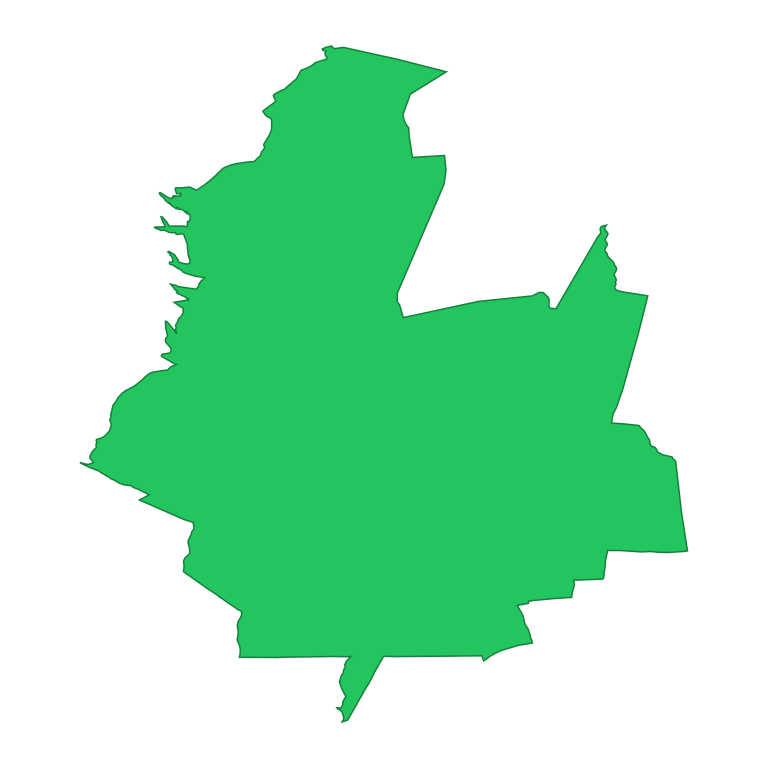 outline of Poboru, Olt, Romania
{"feature_id": "2599482B3636434641620", "entity_name": "Poboru", "entity_type": "district", "adm_level": 2, "iso_a3": "ROU", "parent_name": "Romania", "parent_adm1": "Olt", "projection": "natural_earth1", "projection_center": [24.455, 44.685], "detail": "fine", "context": "isolated", "style": "filled", "palette": "green", "viewbox_px": 768, "rotation_deg": 0, "n_neighbors": 0, "source": "geoboundaries", "source_scale": "gbopen_adm2", "svg_char_len": 6080}
<svg xmlns="http://www.w3.org/2000/svg" viewBox="0 0 768 768"><path d="M446.4,71.8L397.4,59.3L343.5,47.4L334.7,48.6L332.9,47.7L331.8,46.1L330.7,46.1L328.1,47.0L325.9,47.2L325.1,47.9L322.9,48.6L322.3,49.0L322.7,50.2L326.0,51.1L325.1,52.7L325.0,54.1L325.5,55.4L327.0,57.7L327.1,58.4L326.8,59.0L315.6,62.5L312.0,65.4L307.6,67.8L301.0,70.3L296.6,78.6L295.1,80.0L286.1,87.6L284.6,89.3L281.3,90.4L275.8,93.4L274.0,94.7L273.3,95.7L275.8,101.3L262.9,111.0L263.0,111.6L265.6,115.3L268.0,117.1L270.2,117.8L271.4,119.8L271.7,121.1L271.6,129.1L269.7,134.5L263.9,144.0L263.6,145.2L264.5,146.3L264.7,147.3L263.6,149.5L261.7,151.8L260.2,155.9L257.0,158.7L255.1,160.8L253.8,161.5L248.3,161.9L235.8,163.7L229.3,165.5L223.7,168.0L222.6,168.7L214.4,176.7L209.3,181.1L204.6,184.8L196.6,190.2L189.7,187.1L180.8,187.9L176.0,187.7L175.4,188.3L175.2,189.2L176.6,193.8L179.2,193.8L180.5,193.1L180.9,195.6L177.6,196.2L173.6,195.7L173.1,196.1L173.1,196.6L173.7,196.9L172.5,197.1L171.7,198.6L169.9,198.4L164.4,195.3L161.3,193.1L160.1,192.7L159.5,192.9L159.3,193.3L159.5,193.7L160.8,195.6L163.6,197.8L165.0,200.0L168.5,203.1L169.0,203.4L169.6,202.8L170.7,203.8L170.2,204.3L172.1,205.9L176.3,208.8L176.8,207.5L178.6,208.1L178.2,209.3L182.0,209.5L183.8,210.6L185.4,212.4L186.1,211.3L187.7,212.2L186.9,213.5L189.3,214.6L190.0,215.3L190.1,216.1L190.2,219.2L189.0,221.6L188.1,221.2L187.4,221.7L187.5,225.8L186.6,226.4L185.6,226.6L183.8,226.1L176.2,226.0L169.4,226.3L165.9,220.8L164.4,219.5L162.7,217.2L161.0,216.8L163.6,223.5L165.0,225.3L165.1,226.3L164.9,226.8L155.1,227.0L154.6,227.3L156.2,228.7L158.7,229.1L160.3,230.4L164.3,230.1L168.4,232.1L170.9,232.7L175.0,232.6L175.6,232.9L175.7,233.7L177.0,234.5L183.2,233.7L183.6,234.1L187.4,244.6L187.4,248.4L188.0,252.0L188.1,254.6L189.9,260.3L189.9,261.8L189.5,263.1L187.3,264.1L182.6,263.4L178.8,262.0L178.3,261.4L178.2,259.9L174.5,254.8L169.0,251.4L167.9,251.9L169.0,252.7L170.1,254.8L172.0,257.0L172.5,258.1L172.7,261.0L172.2,261.8L171.6,262.1L169.5,262.2L169.4,263.2L169.8,264.2L172.7,265.0L174.8,266.2L176.3,267.4L182.2,270.7L182.6,271.7L185.4,273.2L195.2,276.2L204.3,277.6L202.0,280.5L201.3,280.5L201.0,281.5L199.0,283.7L198.8,285.9L196.9,288.2L196.4,289.2L177.6,286.5L176.9,285.6L170.7,284.2L175.1,289.6L176.0,290.5L176.5,290.1L177.7,291.6L176.5,292.5L177.7,293.5L186.1,297.4L186.7,298.5L188.6,298.7L188.4,300.2L187.1,300.1L174.1,302.3L179.9,306.4L182.3,307.6L183.3,308.6L183.0,311.2L183.4,312.7L181.4,315.5L181.1,316.6L179.3,318.0L178.4,319.2L177.8,321.7L175.8,324.8L175.5,325.7L176.2,326.9L175.8,328.7L175.9,331.5L177.0,333.6L175.4,332.4L174.4,329.8L173.8,329.7L173.0,328.9L168.8,323.6L166.3,321.2L165.4,321.2L165.7,328.2L166.6,331.3L167.6,336.4L165.9,337.9L165.3,341.2L166.1,342.7L170.5,347.6L171.0,348.4L171.2,350.4L170.2,352.6L169.7,353.0L162.7,354.1L161.7,354.7L161.3,355.6L161.6,356.2L162.3,356.8L175.2,364.3L176.3,364.5L175.2,365.2L171.3,366.5L170.3,367.2L167.4,370.2L164.1,370.4L154.4,371.9L151.4,372.6L149.3,373.6L145.7,376.4L140.4,381.4L134.6,385.9L125.9,390.5L122.4,393.0L118.0,397.7L116.8,400.1L113.1,405.1L110.7,414.8L110.9,417.7L109.9,419.4L109.8,420.4L111.1,423.4L111.2,425.5L109.4,431.0L105.6,435.2L103.6,436.9L101.3,438.1L96.7,439.4L96.2,440.0L96.2,440.7L96.9,442.1L96.0,444.6L96.3,447.6L94.0,449.7L91.9,452.3L89.9,456.2L89.9,458.2L93.5,462.2L91.3,463.5L88.1,464.4L85.3,464.0L80.8,462.6L80.5,463.0L89.9,467.6L99.5,471.3L101.1,472.8L103.1,473.7L106.2,475.8L108.6,476.7L110.7,478.7L113.2,479.6L119.3,483.1L124.0,484.8L131.3,485.7L133.4,487.5L138.7,489.5L149.2,494.8L139.4,500.0L184.2,519.6L193.1,522.4L194.0,528.0L193.6,529.4L191.7,531.9L191.3,534.1L188.2,540.6L188.2,543.4L189.6,548.9L189.7,553.0L189.0,554.3L185.2,557.5L183.7,560.5L183.5,561.9L184.2,565.7L183.4,571.6L207.4,588.6L218.3,595.7L218.6,596.4L219.1,596.9L219.7,597.0L237.6,609.4L241.0,611.0L241.6,611.7L241.6,615.1L240.6,617.5L238.3,621.2L237.3,625.2L237.4,626.9L238.3,631.1L238.1,634.4L237.2,638.7L237.3,640.0L237.5,641.2L239.3,644.6L240.3,649.8L240.1,653.9L239.4,657.3L277.9,657.5L283.1,657.2L334.5,656.5L348.3,656.7L350.9,656.4L346.4,661.3L344.7,664.8L345.3,667.5L344.0,669.0L343.0,673.2L342.7,674.0L341.5,675.2L339.4,681.8L341.6,688.5L345.7,696.1L345.6,696.9L342.9,701.6L342.6,705.0L341.2,708.1L336.9,707.8L337.9,709.1L339.9,710.0L342.1,711.9L343.6,717.1L343.6,719.2L342.1,721.9L347.3,720.3L348.2,719.2L366.2,687.5L369.4,682.5L375.1,671.2L383.6,656.3L396.8,656.6L481.9,655.8L483.6,660.8L485.9,659.5L489.3,656.7L496.0,652.9L501.2,650.5L517.8,645.5L532.4,643.0L531.7,639.9L530.9,638.9L530.1,634.7L528.0,628.8L525.2,624.5L524.2,621.4L523.7,618.3L522.6,614.8L517.3,605.4L528.4,603.4L528.4,601.6L528.8,601.0L531.0,601.1L531.2,600.7L554.8,598.5L571.7,597.4L572.1,593.1L573.9,586.8L574.3,584.1L573.8,580.2L602.7,579.1L603.5,578.0L604.0,575.6L604.0,573.8L605.3,565.3L605.4,561.2L607.6,550.5L620.0,550.5L641.3,551.9L650.5,551.5L658.1,552.2L667.9,552.5L683.4,551.5L687.5,550.9L681.6,513.1L675.6,461.0L673.2,459.0L672.1,457.0L662.5,454.7L658.1,452.3L657.4,451.5L656.7,449.5L655.0,447.5L654.6,447.1L652.1,446.5L651.0,445.7L650.1,444.1L649.9,441.6L649.2,439.5L647.6,437.2L645.1,432.2L643.9,430.6L641.6,428.6L639.0,425.5L623.1,423.8L611.7,423.0L612.0,419.5L612.7,415.6L613.5,413.3L616.6,407.1L622.7,389.4L638.4,333.3L647.8,295.8L623.6,292.0L618.0,290.8L615.3,289.2L614.6,287.4L616.0,284.1L615.6,283.5L615.5,281.6L616.3,280.3L616.2,279.5L615.3,277.1L614.1,275.0L614.1,274.4L616.2,270.5L616.6,269.3L616.5,268.3L616.1,267.2L614.7,265.2L613.4,262.0L608.6,257.4L607.8,256.2L606.9,253.2L605.4,251.7L604.8,250.1L604.7,249.3L607.0,245.5L607.4,244.3L607.2,243.4L605.6,241.3L605.1,238.9L606.7,236.9L608.0,233.7L606.9,231.7L604.7,229.4L604.9,227.0L606.3,225.2L602.1,226.2L601.0,226.9L600.0,229.0L600.6,231.6L600.7,233.2L597.6,237.1L556.0,308.7L550.2,308.2L548.9,306.5L549.2,299.8L548.0,297.1L543.3,292.6L539.2,292.4L532.4,295.9L478.5,301.4L403.2,317.6L399.7,305.1L397.2,301.5L397.3,293.1L443.6,185.3L444.4,182.2L445.8,172.1L445.9,169.1L444.5,155.5L412.4,157.4L409.1,135.4L408.7,127.8L406.7,125.4L404.5,121.2L402.8,114.9L410.3,94.2L446.4,71.8Z" fill="#22c55e" stroke="#15803d" stroke-width="1.5"/></svg>